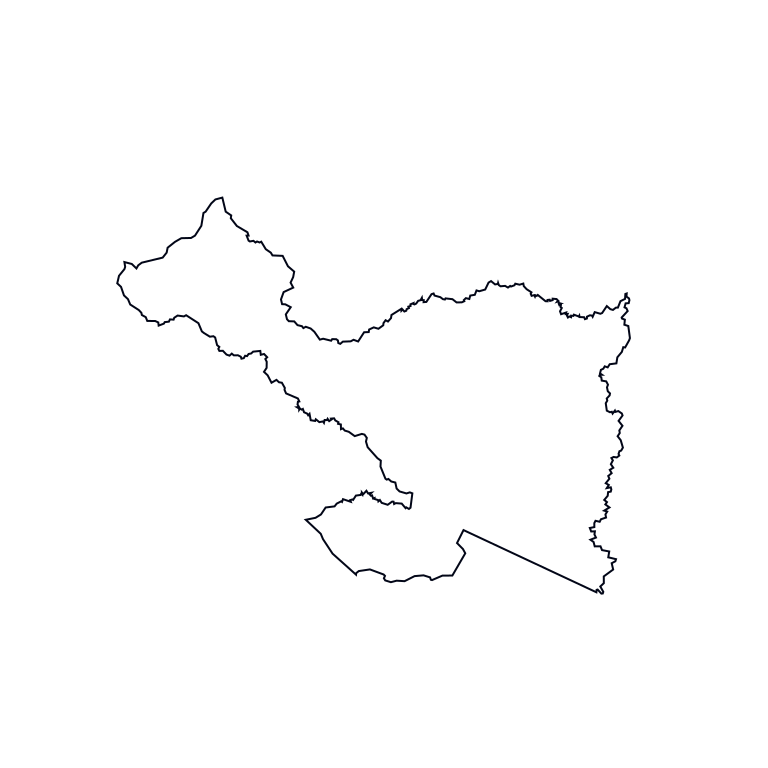 the district of Chiriguaná, Cesar, Colombia, rotated 205°
{"feature_id": "7082276B64056915020692", "entity_name": "Chiriguaná", "entity_type": "district", "adm_level": 2, "iso_a3": "COL", "parent_name": "Colombia", "parent_adm1": "Cesar", "projection": "orthographic", "projection_center": [-73.541, 9.425], "detail": "fine", "context": "isolated", "style": "outline", "palette": "ink", "viewbox_px": 768, "rotation_deg": 205, "n_neighbors": 0, "source": "geoboundaries", "source_scale": "gbopen_adm2", "svg_char_len": 6159}
<svg xmlns="http://www.w3.org/2000/svg" viewBox="0 0 768 768"><g transform="rotate(205 384 384)"><path d="M97.9,312.7L101.9,317.8L99.4,321.1L99.7,323.3L107.5,321.7L109.1,327.4L116.2,325.6L119.2,328.4L124.4,325.9L127.3,329.4L131.1,330.1L127.0,334.4L129.7,336.6L130.6,339.6L133.9,337.9L136.6,340.5L132.9,343.2L134.6,346.8L134.5,349.4L130.3,350.3L130.2,353.1L126.3,356.8L128.2,359.4L127.8,362.7L130.9,362.3L127.5,367.4L132.5,368.4L132.0,371.2L135.4,372.0L134.0,377.2L135.2,380.7L133.0,382.3L133.4,384.5L134.8,386.2L138.1,383.8L137.6,387.5L141.1,387.8L139.7,393.4L141.9,395.4L140.0,399.4L143.1,401.6L140.8,405.0L144.5,407.2L144.3,411.5L146.6,413.0L145.1,414.9L142.0,415.8L140.5,418.6L141.9,419.8L142.2,422.6L140.9,423.9L140.6,427.3L145.7,433.1L150.2,435.4L149.6,439.2L151.1,441.4L150.2,446.9L155.8,449.7L154.5,456.3L156.0,457.8L160.2,458.5L162.5,456.5L163.5,457.5L164.3,453.8L165.8,455.1L167.3,453.9L170.8,454.0L174.9,460.3L174.6,463.3L176.0,465.0L174.7,469.0L175.2,471.0L178.1,472.0L180.5,475.2L180.7,478.0L183.7,480.3L188.1,479.1L189.9,481.9L192.3,482.3L192.3,483.5L190.3,484.5L192.7,484.9L193.4,488.5L191.7,490.5L191.4,493.3L188.3,493.6L187.8,497.3L182.1,500.9L183.8,506.8L182.0,513.6L182.7,518.5L180.9,519.0L180.3,527.1L180.5,529.5L187.1,539.8L191.2,539.3L192.9,544.1L196.0,543.9L196.7,544.7L194.0,553.1L196.3,555.1L198.4,555.1L199.1,559.2L196.4,560.7L197.0,563.7L198.1,565.1L201.2,565.7L202.3,568.6L203.3,567.6L201.5,563.0L204.7,559.0L204.3,552.1L206.1,551.2L207.8,547.9L210.5,547.5L215.0,548.8L216.3,540.5L217.6,539.1L223.4,538.2L223.3,533.1L224.4,533.9L226.4,533.3L228.5,530.8L227.8,529.1L229.3,527.7L230.8,529.1L235.1,527.3L235.9,528.5L236.0,527.5L241.2,527.1L241.1,525.8L243.3,525.0L242.7,523.6L244.7,523.5L245.4,522.0L247.2,523.4L247.2,525.1L248.8,524.2L249.1,525.8L253.0,522.1L255.2,524.3L255.0,528.0L256.4,528.3L257.0,530.2L258.2,529.4L259.3,530.4L258.0,531.6L259.8,531.3L260.8,532.7L261.8,531.8L261.5,533.1L263.5,533.9L267.2,532.6L266.6,531.3L268.6,529.5L269.5,530.4L271.3,529.3L270.7,528.1L272.6,527.3L282.3,529.7L282.8,528.4L284.2,528.4L284.1,527.0L285.4,528.0L287.5,526.3L289.2,527.8L289.1,529.4L294.8,530.2L298.7,531.8L300.2,533.9L303.1,531.3L307.4,530.4L307.5,528.6L310.1,526.0L311.1,526.2L312.4,523.8L315.7,524.1L319.7,521.8L321.8,522.2L323.3,523.8L323.1,522.8L325.4,521.2L330.5,522.5L332.1,520.1L332.2,512.4L336.9,508.3L339.7,507.9L339.4,503.2L343.2,500.6L342.6,497.1L346.1,496.4L347.1,493.8L346.2,493.0L348.0,490.9L352.7,488.6L357.8,489.8L364.4,487.6L364.5,486.3L366.5,485.8L369.6,486.5L375.6,485.5L377.3,487.0L378.9,485.5L380.3,476.3L382.7,474.9L383.4,476.8L384.9,476.2L386.1,478.1L386.3,475.4L388.2,473.8L388.8,470.5L390.0,469.0L391.5,468.9L391.6,469.7L393.7,467.4L392.9,465.9L394.6,464.4L393.5,463.3L395.1,461.4L394.8,459.8L396.2,458.3L398.7,459.4L399.2,457.8L400.1,459.4L406.4,449.7L405.5,446.7L406.8,442.3L409.5,442.5L410.2,439.0L409.5,436.9L412.4,431.7L417.2,431.0L420.5,427.1L419.8,424.6L423.9,422.5L425.4,411.6L430.3,411.2L432.2,408.6L439.2,405.0L440.6,401.9L442.7,401.8L444.2,404.0L446.2,404.4L449.9,402.8L450.2,400.9L458.3,399.3L460.9,397.1L469.2,401.9L473.9,403.3L479.1,402.8L480.7,400.6L482.8,401.7L487.3,400.8L491.8,402.8L496.8,400.7L499.3,401.7L502.4,405.6L501.0,414.2L507.1,414.5L510.1,413.3L513.1,417.1L513.8,424.9L507.0,433.0L511.5,436.4L511.5,442.5L512.9,447.9L520.8,450.1L530.0,457.3L539.4,453.4L542.1,455.2L548.1,456.2L555.4,461.1L556.5,459.7L559.3,459.5L560.3,457.9L562.8,458.6L565.8,456.5L567.3,456.7L571.2,460.4L569.5,461.3L571.9,463.8L584.1,465.0L592.9,469.5L593.7,472.2L600.3,473.3L609.3,484.6L614.8,480.0L616.9,474.6L618.5,464.8L619.9,462.7L616.4,450.2L618.0,438.6L620.6,434.8L629.3,430.5L633.5,424.5L637.7,416.1L636.5,411.2L638.0,405.0L654.8,391.6L656.9,387.7L657.2,384.1L663.3,386.2L670.8,384.8L668.1,380.8L667.8,378.4L669.9,370.1L668.3,362.5L663.4,360.9L657.1,354.4L651.9,352.7L647.6,348.8L637.5,347.4L634.0,346.0L632.6,344.2L628.2,343.9L625.2,341.1L618.0,344.4L614.6,344.4L612.9,341.7L609.0,345.7L608.9,347.4L605.3,349.6L605.3,352.1L601.9,353.4L602.1,355.4L600.0,358.8L593.9,360.7L592.4,362.7L577.9,360.7L571.3,354.7L568.7,354.1L561.8,353.3L558.8,355.2L556.7,354.8L551.7,348.7L548.9,348.0L549.0,345.8L547.2,344.4L544.1,346.0L539.2,344.1L536.0,344.4L534.8,347.2L532.2,346.5L528.5,348.3L525.3,348.2L523.9,346.7L522.0,348.2L521.8,350.9L519.9,351.4L519.4,354.0L517.3,355.5L516.3,358.0L510.1,361.7L508.0,358.4L505.4,360.5L501.2,358.9L502.1,356.5L499.7,354.6L497.2,349.0L497.9,344.3L493.1,342.7L486.5,337.6L483.2,342.3L479.9,341.2L477.1,342.0L472.2,338.5L471.7,336.7L468.8,334.1L455.9,334.5L453.4,332.4L454.5,331.5L453.7,328.9L451.4,327.3L453.1,326.2L450.5,325.9L450.0,324.9L449.8,326.2L447.7,326.0L447.0,327.1L444.5,324.6L441.1,324.7L439.5,323.6L438.9,325.5L435.1,320.2L430.8,321.4L430.9,323.2L426.5,322.1L423.5,324.3L422.0,323.4L422.6,326.3L420.4,327.2L420.4,328.6L418.0,327.2L416.5,329.8L417.3,330.3L414.7,331.8L412.8,330.4L409.1,330.1L408.8,328.5L406.0,329.1L403.9,324.9L402.5,326.4L399.9,325.2L395.7,325.8L388.5,324.4L383.0,329.4L380.3,329.9L376.8,327.9L376.0,324.2L372.1,319.8L358.6,314.0L354.5,313.2L352.3,307.7L342.7,298.8L341.1,298.5L339.9,299.8L336.2,298.7L332.1,299.5L328.4,294.6L324.5,293.2L317.4,294.3L314.8,296.7L312.1,296.9L307.7,283.1L308.6,281.3L311.7,281.6L312.0,280.6L317.4,283.1L323.0,281.0L324.1,279.5L325.6,281.4L326.9,280.9L329.6,276.1L335.9,275.3L338.7,277.1L339.5,275.3L340.2,276.3L344.1,275.8L344.4,276.7L345.5,275.6L347.7,278.0L348.6,277.2L350.3,277.9L349.4,280.1L352.2,278.1L354.8,279.8L356.2,275.4L358.1,276.3L357.1,274.5L358.3,274.9L358.4,273.5L362.3,271.0L363.0,265.9L363.9,266.0L365.6,264.4L364.3,263.2L372.5,262.3L372.2,259.4L373.2,259.6L376.3,255.6L377.1,252.2L384.7,247.4L386.0,239.1L389.5,233.8L397.5,227.9L378.0,221.5L373.7,217.6L358.9,208.5L328.8,199.4L329.3,200.7L327.8,203.8L318.4,210.0L303.8,211.2L302.0,210.5L302.0,207.9L299.9,206.5L294.0,207.3L289.4,211.1L282.0,214.0L275.1,222.8L267.3,227.3L260.5,228.2L258.8,226.4L257.6,226.6L250.1,235.0L241.1,239.3L238.8,264.9L242.7,267.8L250.6,270.7L250.2,285.2L103.5,285.0L104.3,287.3L103.5,288.0L98.4,285.9L97.2,286.6L97.4,288.3L102.4,291.9L100.6,296.4L103.5,302.5L97.9,312.7Z" fill="none" stroke="#020617" stroke-width="2"/></g></svg>